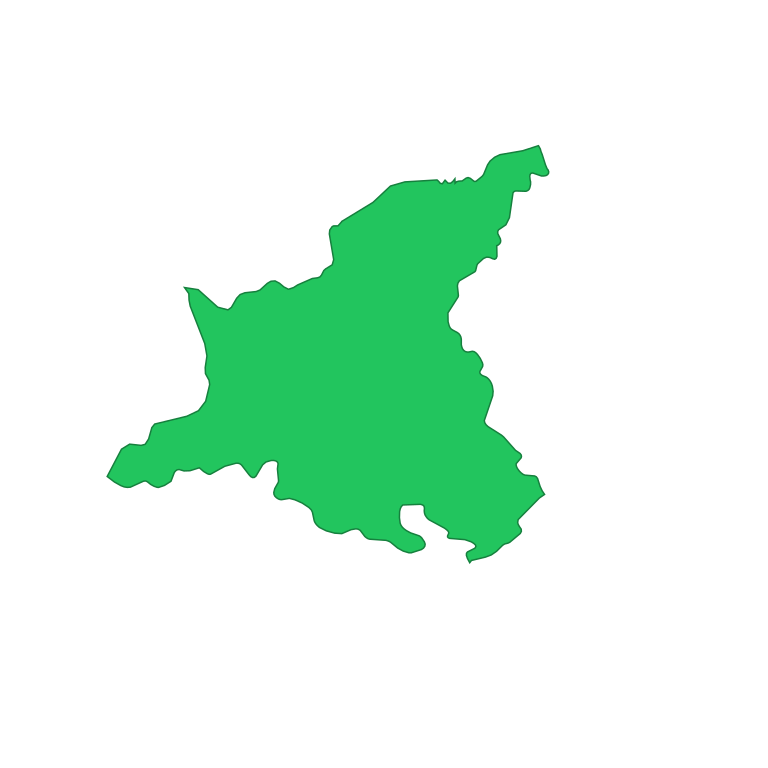 the border of Jihomoravský, rotated 140°
{"feature_id": "CZE-10370", "entity_name": "Jihomoravský", "entity_type": "Region", "adm_level": 1, "iso_a3": "CZE", "parent_name": "Czechia", "parent_adm1": "", "projection": "orthographic", "projection_center": [16.577, 49.119], "detail": "fine", "context": "isolated", "style": "filled", "palette": "green", "viewbox_px": 768, "rotation_deg": 140, "n_neighbors": 0, "source": "natural_earth", "source_scale": "10m", "svg_char_len": 4371}
<svg xmlns="http://www.w3.org/2000/svg" viewBox="0 0 768 768"><g transform="rotate(140 384 384)"><path d="M153.5,486.6L147.7,485.1L127.8,473.5L112.5,467.3L112.5,467.2L113.2,463.5L114.3,461.2L115.3,458.1L119.4,448.2L120.7,444.1L120.7,442.5L121.4,440.7L122.6,439.6L124.2,439.2L125.9,439.5L127.8,440.6L129.7,442.2L134.4,450.0L135.9,450.9L137.4,450.6L138.8,449.5L140.9,446.4L141.7,444.7L143.5,442.6L146.3,440.5L147.9,439.8L149.6,439.8L151.4,440.4L159.1,447.3L160.6,447.8L162.2,447.6L181.0,430.8L188.3,427.6L197.2,428.5L198.9,427.7L200.2,426.0L201.5,420.5L202.6,418.6L203.8,417.6L205.2,417.1L207.6,417.1L208.7,417.5L215.4,409.2L217.3,408.2L219.0,408.4L220.3,410.2L221.4,412.6L222.7,414.2L224.0,415.3L227.1,416.2L234.8,415.9L236.4,415.3L241.0,411.9L242.2,411.6L259.9,414.6L262.6,413.7L264.7,412.0L270.1,404.0L271.2,403.1L289.3,397.4L294.9,390.5L296.7,386.6L297.2,384.7L297.2,382.9L296.7,381.2L294.7,376.1L294.3,374.4L294.4,372.5L294.9,370.6L296.0,368.6L299.6,364.3L300.7,362.1L301.3,360.1L301.3,358.2L300.8,356.5L299.8,355.1L298.5,354.0L295.3,352.3L294.2,350.9L293.6,349.0L293.4,346.7L293.8,341.8L295.0,337.0L295.9,335.2L297.2,334.0L302.6,331.9L303.4,331.0L303.7,329.7L303.5,328.2L303.1,327.0L301.3,323.7L300.9,322.2L300.7,320.3L300.8,317.9L301.4,315.2L302.4,312.7L305.1,308.3L308.3,305.1L330.7,291.5L331.7,289.5L332.0,287.2L331.7,284.5L326.9,269.4L326.4,266.5L325.9,248.6L324.4,243.3L324.5,241.5L325.2,240.2L326.4,239.3L334.0,238.0L335.0,236.8L335.8,234.9L336.2,232.7L336.3,230.3L336.1,227.9L335.6,225.6L334.7,223.7L327.7,216.7L327.0,215.0L327.1,212.9L330.3,205.1L331.5,200.6L332.0,196.2L338.2,196.8L368.4,193.9L370.6,192.0L371.4,190.4L371.9,187.8L372.2,184.6L373.5,182.8L375.7,181.9L389.3,181.9L391.3,182.4L394.4,183.9L396.8,184.2L405.3,183.5L411.7,184.1L417.6,186.2L430.4,192.6L433.2,192.0L432.2,196.8L431.0,199.8L429.6,201.3L428.0,201.7L420.0,199.8L418.1,200.4L417.4,201.9L417.7,204.2L418.6,207.0L422.1,212.8L433.0,223.6L433.6,224.9L433.6,226.0L432.9,226.8L430.1,228.2L429.5,229.8L429.7,232.1L430.3,234.7L436.7,250.9L437.1,253.1L437.0,255.2L436.7,257.3L435.9,259.2L434.7,261.0L433.0,262.7L431.9,264.5L432.1,266.4L433.4,268.4L447.3,279.2L449.5,279.0L451.7,278.0L454.0,276.3L458.1,271.7L461.1,267.0L461.8,264.8L462.0,262.4L461.7,259.9L461.1,257.4L459.3,252.8L454.6,245.0L454.2,243.6L454.0,241.9L454.5,237.2L455.4,234.9L457.0,233.5L459.2,232.9L461.7,233.1L471.7,237.2L473.5,238.8L476.7,243.7L479.0,249.6L480.7,258.8L481.6,260.8L482.9,262.9L494.8,274.4L495.7,275.8L496.3,277.5L496.7,279.5L496.3,287.2L497.1,289.4L498.6,291.1L502.9,293.6L512.5,296.5L517.7,301.5L522.6,308.6L525.7,315.7L526.1,318.6L526.1,320.8L525.8,322.7L525.6,323.4L525.3,324.2L521.2,331.9L520.6,334.4L520.9,337.7L523.2,345.4L526.7,352.6L530.0,357.2L536.8,361.2L537.9,362.3L538.8,363.8L539.5,366.0L539.7,368.3L539.2,370.2L538.1,371.8L534.9,374.1L528.0,376.7L526.8,377.9L520.2,387.5L516.3,391.1L515.8,392.9L516.4,394.8L517.8,396.5L519.7,398.0L524.5,400.1L528.9,400.1L541.4,395.7L543.4,395.8L544.8,396.8L545.6,398.7L545.7,401.4L545.2,413.6L545.7,415.6L546.7,417.1L548.2,418.4L558.8,423.3L574.8,426.4L576.0,427.2L577.0,428.8L578.4,432.9L579.3,438.5L588.4,442.3L593.1,446.0L595.9,450.2L597.6,451.2L599.5,451.4L601.5,451.0L609.7,446.4L617.3,447.4L623.2,449.7L624.2,450.7L625.9,453.5L627.3,457.1L628.1,461.2L628.9,462.9L630.6,464.1L644.6,468.0L647.1,469.8L649.2,472.2L650.9,475.3L653.5,482.2L655.5,491.1L627.0,502.8L617.5,501.4L609.5,493.1L605.7,491.3L599.6,493.2L594.9,496.4L589.9,499.8L585.4,500.7L555.7,486.0L543.3,482.8L531.7,485.4L517.9,495.6L515.6,499.3L514.1,506.7L510.4,511.5L501.6,519.3L495.3,530.2L482.4,568.2L479.4,573.6L475.4,578.7L474.8,586.1L465.7,575.7L462.0,549.7L455.9,541.1L451.6,540.8L441.7,544.4L436.7,545.0L431.9,543.3L422.5,537.0L418.5,535.7L408.7,536.1L404.6,535.4L401.2,533.0L399.3,528.4L398.3,522.7L396.3,518.0L391.3,516.0L386.5,515.4L371.1,510.9L366.7,508.1L364.3,507.2L361.9,507.6L357.2,509.6L354.6,509.7L347.1,508.6L342.6,511.6L329.4,534.1L326.6,536.8L322.5,537.9L321.0,537.5L317.6,534.7L312.2,535.5L311.9,535.7L275.7,530.2L251.8,531.5L238.1,525.4L212.2,506.2L211.9,504.3L211.9,501.5L210.6,499.9L206.2,500.9L205.9,496.8L204.0,495.0L201.1,494.9L197.8,495.6L200.5,492.1L198.4,492.3L196.4,491.4L193.6,489.3L188.7,488.9L186.9,488.1L185.7,486.1L184.7,481.2L183.2,480.1L175.3,480.0L173.0,480.5L163.8,485.3L159.4,486.6L153.5,486.6Z" fill="#22c55e" stroke="#15803d" stroke-width="1.5"/></g></svg>